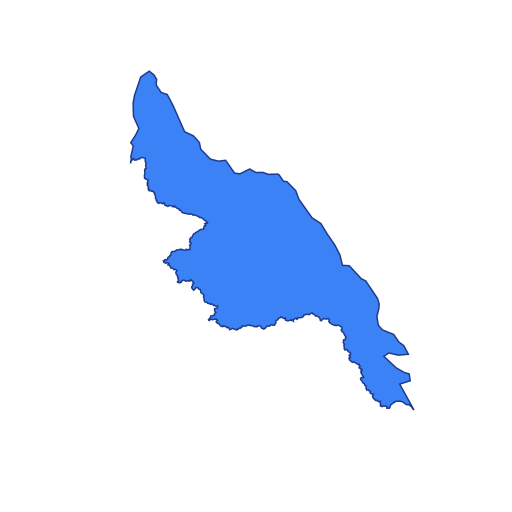 At-Bashy, Naryn, Kyrgyzstan, rotated 59°
{"feature_id": "92254566B65067062849500", "entity_name": "At-Bashy", "entity_type": "district", "adm_level": 2, "iso_a3": "KGZ", "parent_name": "Kyrgyzstan", "parent_adm1": "Naryn", "projection": "orthographic", "projection_center": [76.301, 40.827], "detail": "fine", "context": "isolated", "style": "filled", "palette": "blue", "viewbox_px": 512, "rotation_deg": 59, "n_neighbors": 0, "source": "geoboundaries", "source_scale": "gbopen_adm2", "svg_char_len": 6154}
<svg xmlns="http://www.w3.org/2000/svg" viewBox="0 0 512 512"><g transform="rotate(59 256 256)"><path d="M43.2,262.6L55.5,277.1L61.5,282.5L73.2,289.1L86.3,290.7L89.9,296.1L94.4,305.0L98.4,304.5L106.4,312.1L108.6,313.0L111.9,315.9L110.1,313.7L110.0,312.9L109.1,311.1L109.5,310.5L110.6,310.9L111.5,310.6L111.8,309.2L112.3,308.7L111.9,307.8L112.9,305.6L112.5,304.5L112.6,303.2L115.1,300.7L118.4,302.4L119.8,302.4L121.6,304.1L123.5,304.5L124.5,305.3L124.2,306.3L125.3,307.4L128.3,308.8L128.6,309.5L130.7,310.9L131.4,310.9L132.0,311.5L135.5,309.4L136.8,311.0L137.6,311.7L138.5,311.4L138.6,312.1L139.4,312.8L140.5,312.3L142.1,313.4L143.1,313.1L143.7,314.2L145.1,313.9L145.6,312.6L146.5,312.4L147.6,310.8L148.1,311.0L149.6,310.3L150.4,311.1L153.0,311.2L154.5,312.4L156.6,312.5L157.1,312.9L158.0,312.4L158.9,313.0L160.7,312.5L160.8,310.6L163.3,309.0L162.9,307.6L165.0,307.4L165.5,307.9L168.1,306.0L168.1,305.1L167.8,304.8L168.2,304.0L169.8,302.3L171.3,301.7L171.1,300.0L172.4,300.2L173.0,299.5L174.1,299.3L176.2,297.6L177.3,298.1L178.0,297.1L180.3,297.0L181.1,296.6L182.8,295.1L184.3,293.1L184.9,292.9L186.1,291.2L186.6,289.5L188.4,289.1L189.5,287.1L192.9,284.8L194.1,284.5L194.8,283.2L197.3,281.9L198.7,281.9L200.7,280.6L201.7,280.5L202.0,280.9L202.7,280.5L202.8,280.9L201.9,282.0L202.1,282.5L201.9,283.2L203.7,283.3L204.1,284.0L203.6,284.9L204.3,285.3L204.5,286.0L205.7,286.6L206.0,287.2L205.1,288.7L204.7,290.5L205.0,294.0L204.8,295.5L205.1,295.9L204.9,298.1L206.9,300.9L206.6,301.7L207.5,304.3L208.8,304.6L209.9,305.7L211.0,305.1L212.2,305.3L212.1,306.4L212.7,307.4L213.7,307.4L216.3,309.3L215.7,310.4L215.9,311.0L214.3,312.3L214.7,313.7L213.6,315.1L212.5,315.7L212.6,316.5L211.3,317.0L210.9,319.0L210.0,320.8L210.2,323.3L209.0,325.6L209.3,327.0L211.3,328.4L211.2,329.6L211.8,330.0L211.9,330.8L211.8,332.0L212.4,333.0L213.0,333.1L213.5,334.7L212.5,335.3L212.3,336.4L212.6,336.8L212.4,337.6L212.9,337.5L213.4,338.3L214.1,338.2L214.4,337.5L215.1,337.2L215.5,337.3L215.9,336.7L216.0,335.7L217.3,334.4L217.7,334.5L218.2,336.1L219.6,334.9L222.4,335.2L223.6,333.7L225.4,333.3L225.4,332.9L225.8,332.7L226.2,331.7L227.9,331.2L228.6,333.1L230.8,333.8L232.3,333.3L232.8,333.8L233.9,333.6L234.6,334.5L235.8,334.4L236.3,334.9L237.4,335.1L237.7,336.7L238.9,336.3L239.0,335.7L239.8,335.1L239.6,334.4L240.0,333.5L239.1,332.1L239.2,330.7L239.6,330.1L241.4,329.2L241.7,328.5L241.6,327.9L243.1,326.3L243.3,325.6L242.6,324.9L242.7,324.1L243.5,324.2L245.0,323.2L246.0,323.5L246.9,323.2L247.5,323.7L247.5,325.0L248.3,325.2L249.0,325.9L249.3,327.0L250.3,327.5L253.2,327.1L252.7,324.6L252.1,323.8L252.2,323.3L253.7,322.0L255.1,322.0L255.8,321.1L258.1,321.6L258.8,322.1L261.6,321.0L262.9,320.9L264.2,322.2L265.0,322.1L267.2,323.3L269.0,323.5L270.1,322.1L271.8,321.7L272.7,320.5L274.0,319.9L274.5,318.3L276.6,317.8L276.9,317.0L278.0,316.6L279.1,314.6L280.7,316.1L279.8,318.6L281.6,319.7L283.7,319.5L284.0,321.3L285.4,322.3L284.1,325.7L285.1,326.4L286.2,329.6L286.6,329.6L287.3,329.3L286.8,328.0L287.2,327.0L288.4,325.9L288.6,324.4L289.8,322.5L291.4,322.1L291.5,323.6L291.9,324.1L293.9,323.7L294.8,322.5L296.3,322.6L298.3,322.1L299.1,321.4L298.8,320.3L299.8,320.0L300.2,318.4L300.9,318.0L301.9,318.2L302.7,317.4L303.0,316.4L305.7,316.4L305.9,313.6L309.5,310.6L309.2,310.2L309.2,309.5L309.6,309.2L309.2,307.2L309.8,306.8L309.7,304.7L308.8,304.0L311.0,300.5L310.8,299.5L311.6,297.5L312.9,296.5L313.6,295.2L316.1,293.5L316.4,292.3L317.2,291.7L317.0,289.8L317.8,288.7L319.7,288.1L320.8,288.3L321.8,287.3L322.7,287.0L322.6,285.0L321.9,283.0L322.1,281.8L323.1,280.7L322.7,278.2L324.3,277.0L324.8,276.0L323.9,273.9L322.1,272.5L321.7,271.4L321.9,269.9L321.4,269.4L321.0,267.8L321.5,266.5L321.0,265.9L324.2,264.1L324.2,262.8L326.2,263.7L327.3,262.8L328.1,262.0L328.3,260.7L329.1,259.4L328.9,258.9L329.4,258.7L329.0,258.1L331.0,257.5L330.1,257.1L329.8,255.5L329.9,253.8L331.4,253.5L331.3,252.9L330.5,252.0L332.2,248.8L332.3,247.5L332.1,246.2L331.4,245.6L331.2,245.0L331.7,244.0L332.0,242.7L333.8,240.2L333.4,238.8L333.8,237.1L334.8,237.1L336.6,235.9L338.1,236.0L338.6,234.8L340.9,233.5L343.3,233.5L344.2,234.0L345.1,233.5L344.4,230.5L346.6,227.7L346.5,226.7L346.8,226.3L348.5,225.9L349.6,227.3L350.7,227.3L353.4,226.2L356.4,223.9L356.4,223.2L357.1,222.9L357.5,221.1L361.2,219.1L363.1,220.1L363.1,221.0L363.6,221.2L365.4,221.1L366.2,220.4L369.5,220.8L371.3,220.3L371.7,221.3L372.8,221.6L373.8,222.5L373.0,224.1L375.0,225.7L377.5,225.8L377.8,226.7L380.3,227.6L380.7,228.1L382.6,228.1L382.8,226.2L385.2,226.2L387.7,225.0L389.5,225.9L388.9,227.0L389.2,227.4L391.6,227.5L391.3,228.1L391.4,228.9L393.1,229.4L396.8,228.2L397.1,227.7L397.0,226.8L401.6,224.3L402.0,223.3L402.8,223.8L404.2,223.5L404.3,224.5L404.9,225.2L406.9,224.3L407.0,223.7L408.0,223.6L408.7,224.3L408.4,224.9L408.6,225.4L409.5,225.2L410.1,225.6L410.2,226.2L415.0,226.1L415.5,226.7L414.6,227.8L414.6,229.1L414.8,229.5L416.0,229.9L418.8,229.5L419.8,229.7L421.3,228.9L423.1,229.3L424.3,228.5L425.9,229.8L428.0,230.1L428.0,228.8L428.3,228.5L429.4,228.8L430.3,227.9L431.1,227.7L431.8,228.5L432.7,228.7L433.7,227.7L434.9,227.3L435.1,226.8L435.9,228.1L436.8,228.6L439.7,228.4L440.4,227.9L441.3,228.0L441.4,227.4L442.1,226.7L442.7,226.8L443.5,226.0L444.4,225.6L444.7,224.3L448.6,226.6L449.0,226.3L449.0,225.7L450.1,225.5L450.1,224.3L452.0,221.4L453.9,222.2L455.2,219.9L453.1,217.3L452.5,213.6L452.8,213.2L452.5,212.1L452.8,210.3L454.9,207.0L456.7,205.3L460.5,203.8L461.3,203.1L461.7,201.9L463.5,201.0L466.0,200.2L467.0,200.4L469.4,199.9L439.8,198.8L442.4,188.1L436.0,185.4L432.4,188.8L424.0,193.5L407.8,198.1L407.6,192.0L414.3,185.1L418.7,176.0L408.9,175.5L403.5,177.8L394.1,178.4L384.5,185.7L378.3,186.8L370.0,183.5L364.5,177.9L360.7,175.2L354.9,173.7L333.8,174.8L329.9,177.4L312.3,181.1L308.6,186.7L298.2,183.5L286.9,182.8L274.5,183.6L261.5,183.7L252.0,188.3L229.4,190.0L220.5,188.3L208.3,191.2L205.9,194.0L198.4,194.4L197.0,195.1L192.4,203.4L187.9,207.0L184.4,213.1L178.2,216.6L177.3,227.4L174.0,231.7L158.3,232.8L155.4,239.3L149.5,245.2L136.0,248.4L129.6,246.1L120.9,247.7L112.7,253.2L84.2,249.6L71.9,248.9L66.9,253.1L58.0,253.5L53.4,250.2L48.3,250.2L42.6,252.3L43.2,262.6Z" fill="#3b82f6" stroke="#1e3a8a" stroke-width="1.5"/></g></svg>